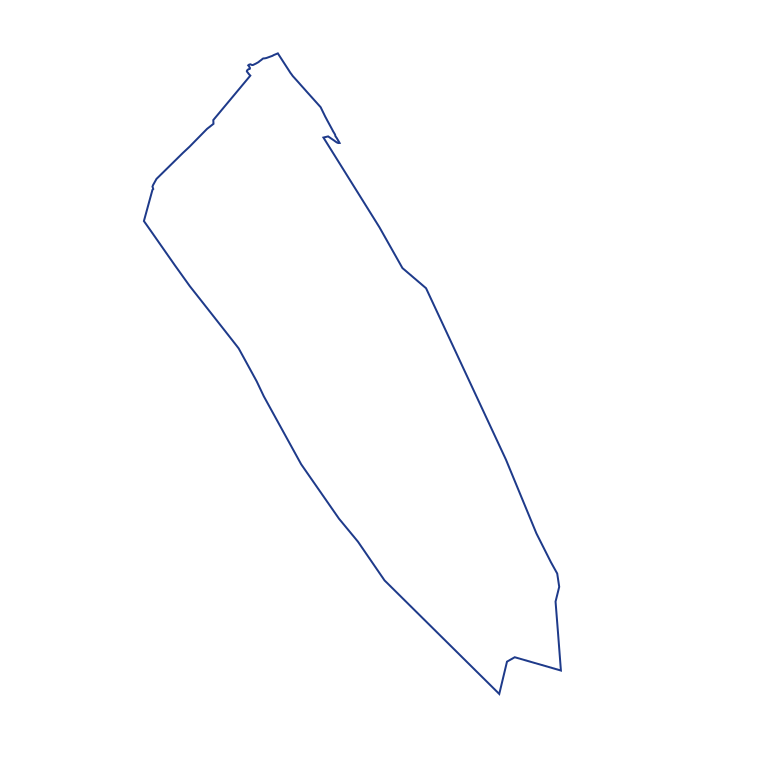 San Andrés Huayápam, Oaxaca, Mexico (Natural Earth projection), rotated 142°
{"feature_id": "50627088B54075186818998", "entity_name": "San Andrés Huayápam", "entity_type": "district", "adm_level": 2, "iso_a3": "MEX", "parent_name": "Mexico", "parent_adm1": "Oaxaca", "projection": "natural_earth1", "projection_center": [-96.677, 17.131], "detail": "fine", "context": "isolated", "style": "outline", "palette": "blue", "viewbox_px": 768, "rotation_deg": 142, "n_neighbors": 0, "source": "geoboundaries", "source_scale": "gbopen_adm2", "svg_char_len": 1480}
<svg xmlns="http://www.w3.org/2000/svg" viewBox="0 0 768 768"><g transform="rotate(142 384 384)"><path d="M484.0,68.8L458.0,89.5L449.2,88.2L421.0,49.3L400.2,80.6L382.8,106.9L370.8,116.3L364.2,128.0L362.2,140.7L355.9,172.4L334.5,249.2L291.9,433.6L298.1,464.0L291.1,510.4L280.0,615.5L275.6,613.5L274.4,609.7L273.5,606.9L272.9,604.7L272.2,602.8L271.4,601.8L270.6,601.3L270.5,601.8L270.4,602.5L270.1,604.9L269.8,607.1L269.7,609.2L269.0,610.7L268.6,613.8L268.5,614.7L268.5,614.9L268.4,615.0L267.4,620.9L266.4,626.9L266.3,627.4L265.8,630.2L265.8,630.4L263.6,640.7L263.5,641.7L263.6,642.4L264.9,661.5L265.5,670.9L265.7,674.3L266.3,682.8L266.3,683.1L266.2,684.9L266.2,686.7L265.9,689.8L265.1,698.8L264.1,709.9L268.8,711.2L269.6,711.2L276.0,713.3L277.4,714.0L277.9,714.3L278.4,714.7L279.2,715.0L280.9,714.9L283.6,715.0L284.6,714.9L287.9,715.4L288.7,715.6L290.7,716.0L291.5,716.5L292.0,717.2L292.2,717.8L292.5,718.2L293.2,718.5L293.7,718.7L294.8,718.7L294.8,717.5L295.1,715.5L295.7,715.0L296.0,715.0L296.5,715.3L297.2,715.5L298.8,715.4L299.5,715.0L299.7,713.9L299.6,713.4L299.7,712.2L299.6,710.6L299.5,709.3L356.0,697.1L358.2,694.0L366.3,694.0L391.3,690.7L400.3,689.9L437.0,685.7L442.4,683.4L443.2,683.1L444.9,682.1L445.8,679.7L446.5,679.6L447.0,679.5L472.9,660.2L473.2,653.6L475.7,606.8L476.8,580.7L476.7,555.3L476.6,517.1L476.6,501.6L478.9,487.5L482.7,464.4L486.3,448.3L498.7,371.7L502.4,305.5L501.6,275.8L504.5,228.9L484.0,68.8Z" fill="none" stroke="#1e3a8a" stroke-width="2"/></g></svg>